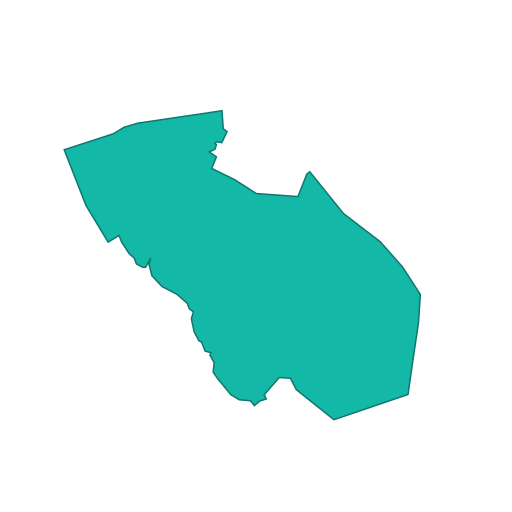 the district of Cabra-Glasnevin Lea-7, Dublin, Ireland, rotated 231°
{"feature_id": "5873133B8743652584157", "entity_name": "Cabra-Glasnevin Lea-7", "entity_type": "district", "adm_level": 2, "iso_a3": "IRL", "parent_name": "Ireland", "parent_adm1": "Dublin", "projection": "albers", "projection_center": [-6.301, 53.363], "detail": "fine", "context": "isolated", "style": "filled", "palette": "teal", "viewbox_px": 512, "rotation_deg": 231, "n_neighbors": 0, "source": "geoboundaries", "source_scale": "gbopen_adm2", "svg_char_len": 960}
<svg xmlns="http://www.w3.org/2000/svg" viewBox="0 0 512 512"><g transform="rotate(231 256 256)"><path d="M155.3,363.0L189.1,361.5L234.0,350.7L287.7,350.8L287.6,346.9L275.8,326.0L304.4,295.5L328.6,287.5L352.0,276.7L357.9,287.6L366.2,285.2L364.8,291.3L367.3,295.2L369.5,295.1L369.4,297.5L365.6,300.7L370.9,311.8L375.6,310.7L390.3,321.0L433.6,247.8L439.0,234.8L440.8,222.0L459.3,173.8L402.0,155.6L359.8,149.8L358.2,162.4L351.2,160.3L337.8,158.9L330.9,160.0L325.1,158.1L318.4,160.9L316.7,163.1L320.8,173.0L316.8,167.5L306.2,162.7L291.5,163.7L275.8,170.5L262.4,172.8L257.0,170.9L252.0,172.2L247.8,166.2L235.9,160.2L226.1,158.3L223.2,159.5L214.0,156.6L209.3,160.1L207.9,157.8L199.4,156.3L192.7,149.6L184.4,149.0L163.8,149.2L154.8,152.5L147.0,160.6L140.7,160.6L141.0,167.4L138.4,174.0L143.0,175.1L146.9,197.6L139.3,205.8L126.8,203.2L79.8,213.5L52.7,287.0L72.6,308.4L101.9,340.3L122.7,359.5L155.3,363.0Z" fill="#14b8a6" stroke="#0f766e" stroke-width="1.5"/></g></svg>